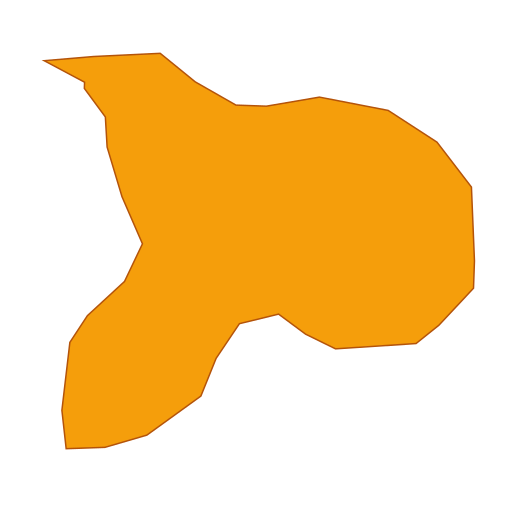 Coyah, Mercator projection, rotated 92°
{"feature_id": "GIN-5631", "entity_name": "Coyah", "entity_type": "Prefecture", "adm_level": 1, "iso_a3": "GIN", "parent_name": "Guinea", "parent_adm1": "", "projection": "mercator", "projection_center": [-13.332, 9.762], "detail": "fine", "context": "isolated", "style": "filled", "palette": "amber", "viewbox_px": 512, "rotation_deg": 92, "n_neighbors": 0, "source": "natural_earth", "source_scale": "10m", "svg_char_len": 564}
<svg xmlns="http://www.w3.org/2000/svg" viewBox="0 0 512 512"><g transform="rotate(92 256 256)"><path d="M94.5,433.4L88.3,433.4L68.2,474.5L62.3,425.2L56.8,358.8L84.1,322.8L105.9,281.3L105.9,250.8L95.0,198.2L105.9,129.0L135.9,79.1L179.6,43.1L253.3,37.5L280.6,37.5L318.8,70.8L337.9,93.0L346.0,173.3L332.4,203.7L313.3,231.4L324.2,270.2L359.7,292.3L397.9,306.2L438.8,358.8L452.5,400.3L455.2,439.0L417.0,444.6L348.8,439.0L321.5,422.4L286.0,386.5L247.8,369.9L201.4,392.0L152.3,408.6L122.3,411.4L94.5,433.4Z" fill="#f59e0b" stroke="#b45309" stroke-width="1.5"/></g></svg>